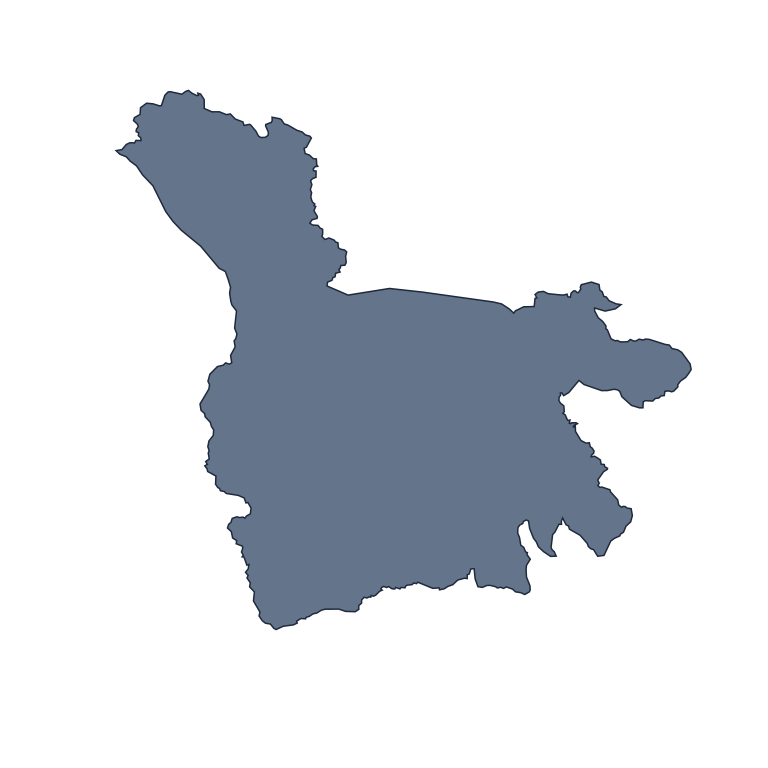 Makhoarane, Maseru, Lesotho, rotated 99°
{"feature_id": "5366337B32255205566264", "entity_name": "Makhoarane", "entity_type": "district", "adm_level": 2, "iso_a3": "LSO", "parent_name": "Lesotho", "parent_adm1": "Maseru", "projection": "robinson", "projection_center": [27.527, -29.591], "detail": "fine", "context": "isolated", "style": "filled", "palette": "slate", "viewbox_px": 768, "rotation_deg": 99, "n_neighbors": 0, "source": "geoboundaries", "source_scale": "gbopen_adm2", "svg_char_len": 6147}
<svg xmlns="http://www.w3.org/2000/svg" viewBox="0 0 768 768"><g transform="rotate(99 384 384)"><path d="M195.4,685.1L198.4,680.8L199.9,674.1L203.6,669.5L207.3,662.5L215.2,655.2L224.3,643.3L247.9,626.5L256.5,617.8L263.9,608.2L276.5,586.7L295.5,564.9L297.7,558.3L305.8,553.9L312.5,550.7L318.4,550.7L326.3,548.2L329.7,546.6L334.9,541.1L352.1,540.3L357.6,537.1L362.2,537.4L364.9,538.8L370.6,536.8L379.7,540.0L386.9,537.7L388.6,540.0L387.9,543.7L390.6,545.8L392.8,551.2L401.5,557.5L408.8,558.3L412.0,556.2L416.4,556.2L432.5,562.6L438.6,560.6L441.3,556.5L444.3,555.6L449.0,549.6L452.9,547.8L455.9,545.1L461.5,544.6L467.7,548.0L473.4,548.2L477.2,546.3L479.7,546.8L485.3,544.9L488.5,548.0L491.0,545.9L492.9,548.2L495.5,545.4L498.0,544.5L501.2,535.6L509.3,534.7L512.3,531.9L512.9,530.1L515.0,528.9L515.2,525.0L516.8,522.6L516.8,510.6L518.4,504.3L523.1,501.7L522.3,499.9L527.4,495.9L533.2,495.7L535.7,499.0L538.3,500.4L537.5,502.4L538.5,505.7L538.2,508.6L540.5,512.9L544.8,513.6L546.7,515.4L550.7,516.1L553.7,511.7L559.8,509.4L561.7,505.0L564.9,505.0L566.3,498.5L568.2,497.8L572.2,498.5L575.0,496.2L576.9,497.1L576.9,495.2L584.4,491.1L583.4,489.2L587.8,489.2L591.7,491.3L594.4,488.2L597.0,489.0L601.2,485.0L605.4,485.0L609.6,479.5L618.7,479.0L628.6,470.9L632.7,471.1L636.9,467.1L638.8,463.7L638.9,458.6L642.4,454.8L643.4,452.2L639.0,445.6L636.1,435.8L633.7,432.3L631.9,433.2L628.6,429.3L628.2,424.7L626.6,424.4L625.2,421.4L622.3,418.4L620.5,414.2L617.2,410.5L615.6,406.8L613.4,393.3L614.6,386.3L613.4,376.8L610.5,373.6L606.8,374.3L604.0,371.9L600.7,372.3L597.8,370.3L598.0,367.2L596.7,365.7L596.6,363.7L594.9,363.6L595.2,361.1L593.9,359.2L589.4,355.9L587.9,353.5L587.0,355.0L585.4,354.5L584.0,352.6L584.6,349.4L583.3,348.0L585.0,344.0L584.8,341.3L583.1,340.6L583.9,336.2L582.3,335.4L582.0,331.4L580.4,331.1L579.1,329.7L577.8,325.0L575.8,323.3L576.1,320.7L574.5,319.6L578.2,303.8L576.7,297.7L578.6,297.0L576.9,292.5L573.9,289.2L571.5,284.7L566.1,280.5L563.2,274.1L563.2,271.4L559.4,271.9L558.3,270.1L553.1,269.3L552.3,266.1L562.2,263.5L569.5,259.5L569.5,255.0L566.9,250.9L566.3,247.8L566.7,242.5L567.7,240.0L566.5,237.0L567.2,233.9L565.3,231.5L566.5,224.9L568.7,221.6L568.7,216.2L569.9,212.1L566.5,207.9L564.4,207.4L560.4,208.3L552.3,213.1L545.2,214.6L540.8,214.9L534.2,212.1L530.0,216.2L528.1,216.0L527.7,217.9L523.5,220.4L521.8,223.7L514.5,226.1L510.4,228.6L504.9,229.3L501.9,227.7L500.1,225.1L498.0,224.9L496.0,222.1L496.7,219.8L503.8,217.6L512.8,212.3L516.2,208.8L520.7,206.0L524.6,200.2L528.2,192.5L527.1,187.0L522.9,189.7L521.7,191.8L519.4,193.4L506.4,193.9L503.5,192.0L495.2,189.3L494.8,186.7L491.9,187.4L488.4,186.6L494.6,182.1L495.4,179.5L498.4,178.1L502.7,166.7L509.7,158.3L512.6,156.7L514.4,153.9L514.8,151.1L520.7,146.0L518.9,139.9L503.7,135.5L500.4,132.3L497.2,127.4L495.0,126.7L493.0,124.3L486.5,122.7L481.6,118.8L475.1,118.1L468.5,120.4L468.5,124.6L467.3,126.6L467.5,128.8L468.7,130.0L466.7,133.3L461.8,135.1L455.1,143.4L453.1,144.3L451.7,152.8L452.3,154.7L450.8,156.9L448.3,155.9L445.4,157.9L436.2,153.4L433.4,150.1L432.3,150.0L431.1,153.2L429.1,153.8L429.2,157.0L425.2,158.4L423.6,161.6L422.4,164.8L423.5,168.0L421.5,167.8L419.6,166.1L417.3,166.1L414.8,168.3L413.7,170.5L409.9,172.0L410.8,175.3L409.0,180.6L400.8,187.5L395.9,188.4L396.8,189.1L396.6,190.4L394.9,189.6L392.9,186.7L392.2,188.2L393.0,192.8L394.0,193.4L393.8,194.8L390.5,194.7L391.2,196.3L390.7,197.3L386.1,200.2L384.9,202.7L383.1,201.6L377.4,203.0L375.3,206.8L373.0,208.6L369.8,209.0L367.3,207.8L365.3,208.4L364.9,207.0L367.4,204.7L363.5,200.1L350.0,192.0L353.2,186.4L356.5,168.0L355.5,162.2L353.2,155.9L353.2,152.8L354.3,150.1L359.4,147.0L366.4,136.3L367.6,127.9L367.0,124.5L361.1,125.2L359.6,123.3L358.8,115.9L355.9,113.8L354.8,110.3L352.5,108.6L351.6,105.4L347.3,105.4L346.3,101.8L346.7,98.6L345.6,96.6L340.9,93.3L338.7,93.7L334.7,91.6L330.2,87.0L325.5,84.5L321.6,82.9L316.3,84.8L306.2,94.9L304.3,99.1L303.9,105.2L300.9,108.3L300.9,112.6L298.4,129.1L298.8,133.2L300.0,134.6L299.8,139.0L302.1,141.9L302.5,144.1L301.5,147.7L304.1,149.9L304.9,153.6L305.4,157.3L304.5,160.3L305.2,162.2L303.9,166.8L295.5,171.9L294.7,173.6L292.0,173.8L288.1,177.7L285.0,182.8L278.9,187.4L276.0,187.9L277.4,177.0L273.5,167.1L268.5,162.3L268.5,167.5L266.5,174.8L263.3,178.0L263.1,180.6L258.9,182.8L257.4,185.5L252.1,187.2L250.9,195.1L255.0,204.6L257.5,205.3L259.4,204.5L263.1,206.1L263.6,207.3L262.1,209.6L262.4,211.3L265.0,213.4L269.1,213.5L269.1,216.0L266.6,217.3L268.0,220.2L268.5,224.7L269.1,236.1L267.6,241.0L269.1,246.1L271.9,248.8L275.1,246.5L275.8,248.2L284.0,247.8L285.9,258.1L291.2,265.7L293.7,266.9L290.3,272.0L286.5,280.4L285.9,289.0L287.2,360.5L288.8,393.6L301.8,433.4L296.1,455.6L292.2,455.7L289.7,451.6L286.9,451.1L285.8,449.1L282.2,449.1L280.3,444.9L278.0,446.5L276.3,445.3L273.7,445.2L272.8,441.2L270.0,440.3L263.8,441.9L259.4,441.5L257.8,443.9L257.6,448.2L256.5,450.4L251.7,451.6L251.3,454.1L249.7,455.7L248.4,461.2L250.5,465.0L247.9,468.5L245.6,468.0L240.8,468.8L239.9,471.6L237.7,473.9L238.1,479.5L236.8,482.4L233.1,480.8L230.9,476.0L229.0,476.0L223.8,480.3L219.3,479.2L218.7,481.0L217.0,480.5L215.9,482.7L213.6,484.3L210.4,485.6L206.4,485.4L203.6,487.2L198.4,486.4L194.8,488.3L192.3,486.7L190.5,483.5L184.3,484.4L184.3,487.0L182.5,487.5L180.0,485.9L179.4,483.5L177.8,484.8L172.3,486.0L172.5,489.2L169.6,493.4L168.7,497.9L163.7,499.8L162.3,497.7L152.4,494.2L150.8,496.1L150.3,500.6L147.9,504.2L147.0,509.8L143.2,519.7L142.7,523.3L139.0,526.7L138.3,528.5L138.0,536.3L141.4,535.6L143.2,536.2L146.2,541.4L147.6,541.3L153.6,537.5L156.7,537.4L159.0,540.0L159.8,544.2L158.8,546.7L154.3,550.1L149.0,556.2L148.6,557.5L150.5,562.6L147.2,564.4L145.6,572.3L141.3,578.0L142.6,581.8L140.9,589.1L142.1,596.6L140.0,604.6L131.2,606.1L126.3,610.5L125.9,613.4L127.8,612.4L128.5,613.8L126.7,619.5L124.6,623.0L125.9,625.5L129.4,629.0L128.7,640.9L129.3,642.9L133.0,645.6L143.8,647.4L144.4,649.2L143.4,656.0L143.8,662.4L149.2,667.7L155.9,667.1L160.0,672.2L163.0,672.6L165.9,668.3L168.2,666.9L171.1,668.4L173.5,668.3L174.2,665.6L177.2,665.5L178.9,662.8L181.6,662.1L182.2,667.1L184.9,668.1L185.4,672.5L187.7,676.0L193.4,679.4L195.4,685.1Z" fill="#64748b" stroke="#1e293b" stroke-width="1.5"/></g></svg>